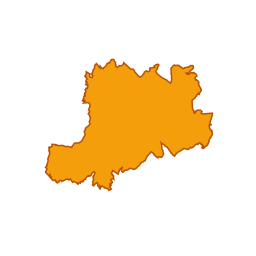 the district of Tepetlán, Veracruz, Mexico, rotated 44°
{"feature_id": "50627088B10984666318853", "entity_name": "Tepetlán", "entity_type": "district", "adm_level": 2, "iso_a3": "MEX", "parent_name": "Mexico", "parent_adm1": "Veracruz", "projection": "albers", "projection_center": [-96.778, 19.664], "detail": "fine", "context": "isolated", "style": "filled", "palette": "amber", "viewbox_px": 256, "rotation_deg": 44, "n_neighbors": 0, "source": "geoboundaries", "source_scale": "gbopen_adm2", "svg_char_len": 5813}
<svg xmlns="http://www.w3.org/2000/svg" viewBox="0 0 256 256"><g transform="rotate(44 128 128)"><path d="M58.9,116.6L60.8,118.5L60.8,120.6L61.5,120.8L62.0,120.3L62.7,120.9L63.5,120.7L64.3,120.9L64.6,121.5L64.6,122.8L65.6,124.0L66.8,123.4L67.0,123.6L66.9,125.0L67.2,125.9L67.5,126.2L68.4,125.8L68.5,125.0L69.1,124.7L71.2,127.4L71.2,127.8L70.3,128.2L70.7,130.3L71.2,130.1L72.7,131.5L72.5,132.5L73.1,133.6L73.7,133.4L74.5,134.3L74.1,134.6L74.9,135.0L74.3,135.8L75.8,137.6L75.5,138.1L76.1,139.0L76.3,140.1L77.6,139.8L77.1,138.7L77.7,138.1L78.4,138.5L78.9,139.7L78.8,140.7L81.5,137.7L82.4,137.2L83.2,137.2L85.4,138.5L87.1,142.5L89.0,142.7L89.3,143.1L89.2,143.9L89.6,145.5L91.7,145.4L92.3,146.4L93.7,146.6L95.2,148.7L95.6,150.3L97.6,151.3L98.0,151.9L98.0,154.9L97.5,156.7L97.8,158.1L98.7,159.1L98.7,160.6L101.7,162.5L102.4,164.1L102.6,166.0L103.3,167.3L103.4,168.5L103.8,169.0L103.1,172.7L99.9,176.2L100.5,178.7L100.4,179.6L100.7,180.7L101.1,181.1L97.3,183.1L96.2,184.7L93.1,185.9L90.2,189.0L88.6,189.8L88.1,189.7L87.6,190.5L87.1,190.4L86.5,190.9L85.2,192.3L84.6,192.1L84.8,192.3L84.6,192.5L85.9,193.9L85.9,194.8L85.0,196.1L85.2,196.6L84.6,196.7L84.5,196.9L86.1,198.0L86.2,198.5L86.8,198.8L86.8,199.2L87.5,199.6L88.0,199.4L88.2,200.0L89.6,200.9L91.3,205.0L91.9,206.0L93.0,206.7L94.0,208.2L95.4,211.5L96.1,211.5L96.0,213.6L98.1,213.6L99.0,216.5L99.6,217.1L104.0,217.3L104.1,215.5L105.0,216.2L105.3,217.5L106.4,217.6L106.5,216.6L107.0,216.4L107.6,217.7L110.6,217.9L111.4,216.0L112.6,216.0L113.7,216.4L113.5,216.7L115.3,216.7L115.9,214.6L115.2,213.8L115.2,213.3L115.6,213.2L116.6,211.9L117.4,211.8L117.6,212.2L119.2,207.9L120.2,206.5L121.6,206.5L122.0,204.7L125.9,205.6L126.0,204.2L129.9,202.9L130.5,201.9L130.9,202.9L130.7,203.2L131.1,203.2L130.9,201.0L132.0,200.8L131.3,199.5L132.7,198.4L132.9,197.8L132.2,197.5L132.9,197.1L132.3,195.6L132.6,194.6L133.1,194.3L132.5,193.8L132.3,191.2L132.4,190.7L132.7,190.9L133.0,190.6L132.8,189.7L133.8,189.3L133.6,189.0L134.2,188.4L134.3,187.0L133.7,186.3L133.5,184.7L133.8,183.4L134.3,182.9L135.3,183.1L136.7,186.4L136.5,186.5L136.8,187.5L137.3,187.4L137.9,188.4L139.2,188.9L139.8,191.2L141.1,191.9L142.0,193.5L142.3,193.2L142.7,193.7L143.2,193.7L143.6,193.2L143.0,191.6L143.5,190.7L143.2,189.3L143.7,188.7L145.4,189.3L145.8,190.2L146.7,190.6L148.5,190.7L149.8,191.3L150.3,191.1L148.1,188.9L149.2,188.9L149.6,189.4L149.8,187.7L151.1,187.4L151.7,187.0L152.4,187.6L154.7,186.1L155.4,186.2L156.2,185.5L157.7,186.1L158.5,183.5L155.6,182.9L155.8,180.9L155.3,180.7L154.9,181.3L154.1,181.4L154.2,180.5L153.8,180.4L154.6,179.0L154.7,178.1L153.8,177.5L152.4,177.8L151.8,177.4L151.4,176.6L152.8,174.7L153.3,174.7L150.5,172.6L148.3,172.7L149.4,172.3L147.5,172.0L146.6,169.2L152.9,168.1L151.0,164.0L150.7,163.0L151.0,161.4L151.1,161.6L151.5,161.0L152.3,162.8L153.7,163.6L153.5,163.4L155.0,163.5L155.3,161.5L154.9,160.7L156.2,159.4L157.1,157.9L157.2,155.7L158.0,155.4L158.9,154.5L160.7,154.0L161.5,152.7L162.0,150.9L161.8,149.3L162.1,146.8L161.6,145.1L161.9,142.6L162.5,141.9L162.4,140.9L163.1,139.8L161.4,135.2L161.3,128.9L164.5,128.6L165.4,129.2L169.7,128.9L170.4,128.6L170.2,127.6L170.8,126.8L172.2,126.1L172.6,125.3L171.8,122.4L171.2,121.6L168.6,120.0L167.1,119.6L164.1,116.9L162.1,115.6L163.8,115.6L164.7,115.0L166.8,115.0L167.6,115.3L169.6,114.5L172.3,115.2L174.8,115.5L176.2,116.1L177.4,115.9L179.1,116.3L181.1,115.8L180.6,114.3L180.7,110.9L181.9,106.8L182.4,103.8L186.0,101.9L186.4,101.1L186.3,98.7L187.6,98.1L187.8,97.6L187.8,96.8L188.2,96.0L188.0,94.6L188.6,91.3L189.1,91.6L189.6,91.5L189.9,88.6L192.0,89.0L192.4,88.3L193.0,88.2L193.6,89.3L194.2,88.7L195.5,88.9L195.0,89.7L194.9,90.8L196.0,90.9L196.7,89.4L196.5,88.4L196.6,88.0L196.3,87.5L197.1,86.0L196.7,84.9L196.9,84.5L196.4,84.3L196.5,84.0L195.8,81.5L195.3,81.2L194.6,80.1L194.3,78.7L193.8,78.1L194.3,77.4L193.6,76.4L193.3,74.2L191.2,72.4L190.8,72.1L190.3,72.3L189.8,71.5L189.1,72.0L188.8,71.7L187.3,71.6L185.1,70.3L184.6,69.6L185.1,69.3L185.6,68.1L185.3,67.7L183.9,68.5L179.6,60.0L178.4,58.7L171.8,66.2L170.4,66.5L169.7,64.7L167.6,64.9L165.5,67.0L164.9,69.2L165.4,69.3L165.9,70.4L165.6,71.1L165.0,71.3L162.9,69.7L162.3,69.9L160.9,69.2L154.9,63.7L155.3,59.9L154.9,58.1L155.1,57.0L154.5,56.5L154.5,55.3L154.7,55.6L154.9,55.0L155.9,54.5L155.3,53.3L154.6,50.1L153.9,49.3L153.2,49.5L152.6,48.9L149.6,48.2L148.7,47.4L147.6,47.0L147.6,46.3L147.3,46.0L146.2,45.6L143.9,45.7L143.5,46.5L142.6,46.2L141.8,45.7L141.2,44.8L141.5,42.9L140.0,42.0L136.7,42.4L136.4,43.7L135.4,43.8L135.0,44.2L134.6,46.8L134.1,46.9L133.5,48.2L131.7,48.2L133.0,46.5L133.2,44.1L133.0,42.6L133.5,41.8L133.5,40.3L133.1,39.2L132.2,38.2L131.2,38.1L130.0,39.2L129.3,41.0L129.3,41.8L126.9,45.3L126.6,47.0L123.7,47.3L123.2,47.7L121.2,47.6L120.4,48.4L120.0,48.4L118.9,50.1L117.8,50.3L117.3,51.3L117.3,52.6L117.7,53.6L117.3,54.8L117.9,55.8L119.7,57.2L121.5,59.2L123.4,60.3L124.4,61.7L125.6,62.6L127.2,65.1L127.4,66.2L124.1,66.7L122.5,66.6L118.0,68.1L111.8,68.7L108.6,68.2L108.1,65.1L106.8,63.2L106.8,61.8L106.2,61.1L105.2,61.4L104.5,62.3L103.6,65.2L105.1,66.0L102.0,69.7L102.5,70.3L103.3,70.6L103.4,71.3L104.0,71.9L103.7,73.0L102.7,73.9L101.7,74.0L101.2,75.2L100.9,76.4L101.5,77.5L101.9,80.8L101.4,82.9L99.9,83.3L94.3,83.0L92.7,82.4L91.0,82.1L89.9,82.8L89.0,83.8L79.5,84.0L80.4,85.6L80.3,86.3L79.9,87.9L78.4,89.4L78.2,91.8L77.6,92.1L76.1,92.0L75.5,91.0L74.5,90.7L73.6,89.6L71.7,89.3L70.2,88.6L69.6,89.0L68.6,90.2L68.6,91.3L69.5,93.5L69.3,94.0L68.9,94.1L68.8,94.5L69.2,94.5L68.2,96.2L69.0,98.8L68.7,101.4L68.7,102.4L69.1,103.4L68.6,102.8L67.1,103.2L65.1,102.8L65.6,103.4L65.5,103.8L65.9,104.3L59.8,103.4L61.0,103.9L60.5,105.6L61.2,107.0L62.3,108.1L62.6,109.5L62.4,110.1L63.8,112.4L64.0,113.4L64.4,113.5L64.7,114.8L66.5,115.0L67.2,116.5L65.5,117.7L64.8,117.5L63.8,117.0L63.1,115.4L61.0,116.3L60.7,116.1L58.9,116.6Z" fill="#f59e0b" stroke="#b45309" stroke-width="1.5"/></g></svg>